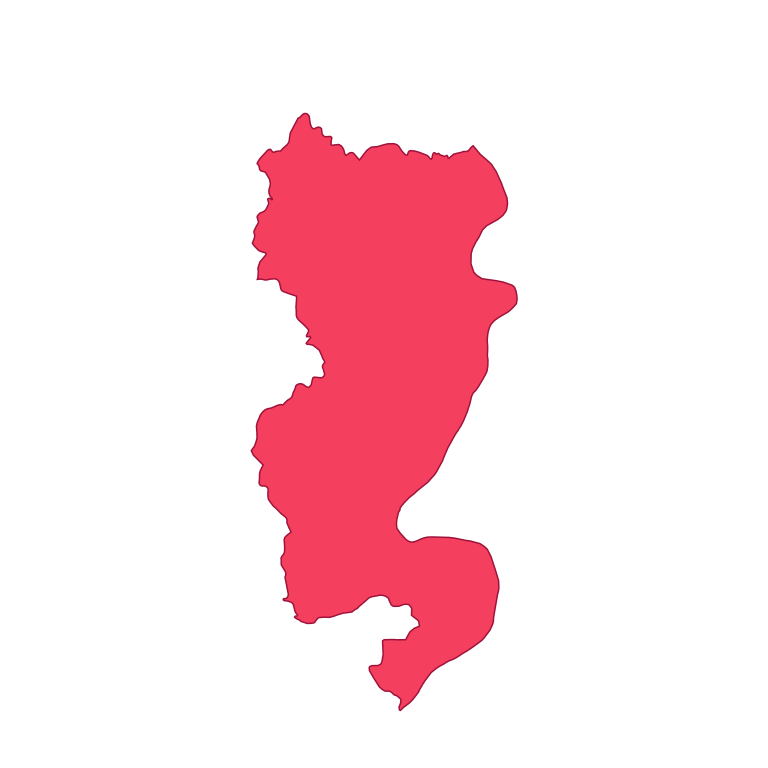 the district of Phu Ninh, Phú Thọ, Vietnam, rotated 40°
{"feature_id": "81297802B64104222015073", "entity_name": "Phu Ninh", "entity_type": "district", "adm_level": 2, "iso_a3": "VNM", "parent_name": "Vietnam", "parent_adm1": "Phú Thọ", "projection": "albers", "projection_center": [105.302, 21.456], "detail": "fine", "context": "isolated", "style": "filled", "palette": "rose", "viewbox_px": 768, "rotation_deg": 40, "n_neighbors": 0, "source": "geoboundaries", "source_scale": "gbopen_adm2", "svg_char_len": 6170}
<svg xmlns="http://www.w3.org/2000/svg" viewBox="0 0 768 768"><g transform="rotate(40 384 384)"><path d="M147.3,235.4L150.8,251.8L153.5,256.3L155.3,259.0L155.9,261.2L155.9,263.4L155.1,268.7L155.0,272.0L151.9,275.0L151.2,276.4L150.2,277.7L148.8,277.7L146.2,277.2L144.9,278.6L144.6,279.9L144.1,291.2L144.5,294.4L145.1,296.7L147.6,297.1L149.7,298.6L150.8,299.6L152.5,299.9L156.5,298.2L157.9,298.3L164.6,300.7L167.8,303.2L169.2,305.1L170.3,307.7L171.6,310.0L172.6,311.1L174.2,312.4L176.4,313.4L179.1,313.7L179.8,314.4L179.7,314.9L177.8,315.1L176.7,315.6L176.2,316.2L176.0,316.7L176.3,317.4L179.1,319.3L179.7,320.0L180.2,321.2L181.5,326.7L180.9,329.4L179.1,333.0L178.9,336.1L179.4,337.6L181.8,339.3L183.5,340.3L184.0,341.3L184.4,342.8L184.9,345.7L186.1,350.4L187.2,351.7L189.7,353.4L190.9,355.6L192.7,360.8L196.3,361.7L202.2,362.3L205.4,361.3L208.9,359.7L209.8,360.0L210.5,360.9L210.5,370.1L211.9,374.0L213.3,376.7L215.3,378.5L218.9,383.4L219.7,385.3L222.3,382.7L226.3,380.6L228.0,378.8L229.0,377.3L232.8,373.5L235.2,372.7L237.4,372.9L239.3,373.9L244.1,377.6L245.5,378.1L246.9,378.1L253.1,375.9L260.5,373.0L262.2,374.9L267.4,382.0L269.0,383.5L272.9,388.0L275.0,389.3L277.8,389.9L285.7,390.2L291.1,390.9L292.4,392.2L293.6,397.0L294.4,397.5L295.6,396.5L296.6,395.1L298.0,395.6L298.1,401.4L298.3,402.9L299.4,403.1L301.7,401.4L304.8,399.9L312.8,399.7L314.9,400.8L318.8,402.6L320.5,403.7L324.5,405.1L325.0,409.1L325.9,410.5L329.0,412.4L332.1,414.6L332.9,416.1L332.7,418.0L332.1,419.5L326.1,423.6L325.6,425.3L328.7,431.3L328.8,434.0L328.1,435.4L325.6,436.1L322.6,436.2L320.3,437.1L318.9,438.4L317.8,440.4L317.7,442.3L318.8,444.4L319.9,448.7L321.7,453.0L321.7,455.2L320.8,457.5L320.4,459.5L320.0,463.6L320.2,464.6L319.7,465.2L318.0,466.2L316.2,468.7L313.0,475.0L310.6,477.9L309.4,480.5L309.1,482.9L309.1,486.7L311.6,494.8L313.3,498.2L318.0,503.0L321.6,507.2L323.2,510.7L324.8,514.9L324.9,517.6L325.2,520.4L329.8,522.5L343.4,523.7L345.0,530.1L346.7,533.3L349.2,536.2L352.0,540.2L353.7,541.1L355.6,540.9L358.9,538.3L361.8,538.4L363.2,539.4L365.1,542.1L367.5,544.9L369.6,546.6L372.9,547.6L377.4,548.6L381.5,548.7L389.0,549.5L393.2,549.3L395.8,549.6L397.4,550.9L398.8,552.7L404.0,555.4L408.0,557.2L406.8,562.7L406.7,565.3L407.5,567.3L413.1,573.2L415.7,576.6L416.4,578.5L416.5,581.2L417.0,583.6L418.3,584.7L419.7,586.5L421.5,588.5L423.8,589.4L429.3,591.2L430.5,592.3L431.6,593.6L432.3,595.6L445.8,606.5L446.9,608.4L447.1,610.3L446.8,611.4L445.1,613.0L445.2,613.6L445.7,614.1L446.9,614.1L448.8,612.7L452.5,611.0L454.1,610.8L455.8,611.0L458.0,612.4L461.0,614.7L463.2,615.9L466.3,616.6L466.5,617.7L465.6,618.5L465.1,619.2L465.4,620.2L468.2,620.0L471.0,619.1L472.8,619.3L479.1,616.8L482.2,614.0L483.9,612.0L484.2,611.2L483.9,610.3L483.9,606.1L484.2,604.9L487.3,601.8L492.4,597.6L494.6,594.5L496.9,590.5L500.3,585.4L502.0,583.7L506.0,579.2L506.8,575.2L507.7,573.5L508.0,569.8L509.1,563.3L510.0,557.3L511.4,554.8L516.8,548.2L518.7,546.8L522.1,545.4L525.3,545.3L527.2,546.6L531.7,548.6L534.0,548.3L536.8,546.0L538.5,544.3L540.2,541.2L541.6,539.2L544.4,537.2L546.4,537.2L549.5,538.1L553.7,543.5L561.4,543.2L563.1,543.5L566.7,546.5L565.6,549.2L564.2,551.7L563.3,556.6L563.3,557.8L563.9,561.1L565.0,565.9L558.5,571.5L555.2,573.9L548.5,579.8L548.0,581.7L557.1,591.6L560.9,598.0L561.6,600.3L560.5,603.4L555.9,607.4L554.7,609.5L555.0,610.9L557.2,613.0L565.3,615.9L572.8,618.3L575.7,619.1L579.4,619.1L582.3,618.5L585.1,616.2L586.2,615.6L588.0,615.4L591.7,615.6L593.7,614.7L595.9,614.5L599.4,614.7L600.7,616.0L602.0,618.2L603.2,621.9L605.4,623.8L606.4,623.5L606.9,618.6L607.3,617.3L608.5,611.7L608.8,608.4L608.8,605.2L608.5,597.9L607.8,595.6L606.6,588.9L606.1,584.7L605.6,574.7L606.4,570.6L606.9,568.0L607.8,565.2L608.8,562.4L609.6,560.6L610.6,557.4L611.7,554.4L613.8,550.6L615.2,547.4L617.5,539.7L619.3,534.7L621.3,527.6L623.7,517.7L623.9,514.0L623.4,504.5L621.8,498.7L620.6,495.9L617.7,491.9L606.1,472.0L605.2,469.9L603.2,466.5L598.2,461.0L588.6,454.7L576.8,447.4L569.3,444.2L565.0,444.0L560.0,444.6L550.9,448.9L547.1,451.3L537.8,456.3L532.5,459.7L519.0,470.4L515.8,473.3L513.6,476.1L511.5,479.9L509.8,483.5L508.3,485.8L506.6,487.6L503.6,488.7L500.8,489.0L492.2,487.8L486.7,486.3L484.1,483.8L482.4,481.8L480.7,479.2L477.6,472.9L477.2,470.3L476.1,468.7L475.8,466.2L475.8,462.1L476.3,454.9L477.5,449.0L478.2,443.6L480.7,431.1L481.0,420.0L480.6,417.2L478.1,404.8L477.2,402.6L473.9,391.7L471.2,377.7L470.6,373.3L470.7,372.5L470.1,369.6L470.1,368.7L469.7,366.1L468.6,361.2L465.6,351.7L462.1,343.2L459.1,337.4L458.4,335.0L458.1,333.1L458.4,330.0L458.0,325.0L456.7,317.1L455.3,309.9L454.4,307.5L451.8,303.3L448.1,298.7L444.7,295.6L442.6,292.7L439.6,289.0L434.9,284.1L431.4,279.1L429.9,276.3L428.6,273.3L427.8,270.6L427.6,268.2L427.8,264.3L429.1,259.2L432.9,248.5L433.6,243.4L433.8,237.4L431.4,233.4L428.5,230.5L425.1,227.8L421.7,226.0L418.7,225.9L409.6,229.4L403.3,232.9L391.5,240.3L385.1,241.2L380.9,240.6L373.3,236.0L366.9,228.0L364.8,223.2L363.1,216.0L362.5,211.0L360.4,202.6L360.9,196.8L365.5,184.5L366.7,178.5L366.4,173.9L365.5,171.0L362.7,166.4L358.5,162.3L350.4,157.9L344.7,154.6L333.5,149.2L325.2,146.7L322.4,146.4L310.3,146.2L299.1,144.2L298.7,146.1L298.7,151.1L297.7,152.9L295.5,154.7L293.9,157.5L291.7,160.2L289.4,163.6L289.6,164.6L289.0,166.7L288.8,169.0L288.0,169.8L286.5,168.7L285.3,168.4L284.1,170.7L279.4,172.5L277.7,172.2L276.0,174.4L274.2,174.2L273.4,175.3L274.3,178.0L275.7,180.3L275.8,181.3L274.2,181.7L272.0,181.2L269.9,181.2L261.8,184.0L257.7,185.8L254.8,187.8L253.6,189.2L253.6,190.8L254.7,193.5L253.9,194.5L252.4,194.6L248.0,194.1L242.5,192.4L239.9,192.4L237.0,193.6L232.3,197.8L228.6,203.0L226.8,205.9L222.0,210.8L220.8,215.3L220.7,217.2L221.2,228.2L212.3,226.8L211.0,227.1L210.1,227.9L209.1,229.1L208.0,233.2L207.2,233.3L205.9,232.8L202.5,230.4L200.2,229.5L198.9,229.1L196.5,229.3L195.3,229.7L190.6,234.6L189.8,234.8L189.5,234.6L187.1,231.4L185.9,229.1L185.3,228.7L183.9,228.8L179.6,232.7L177.4,232.7L175.6,232.0L172.0,228.6L170.0,228.6L169.0,229.2L168.0,230.1L166.5,233.2L165.7,233.9L164.7,234.0L163.3,233.8L160.8,232.4L157.9,230.0L154.7,227.0L152.0,226.4L150.6,226.8L149.3,227.8L148.5,229.3L148.1,234.1L147.3,235.4Z" fill="#f43f5e" stroke="#9f1239" stroke-width="1.5"/></g></svg>